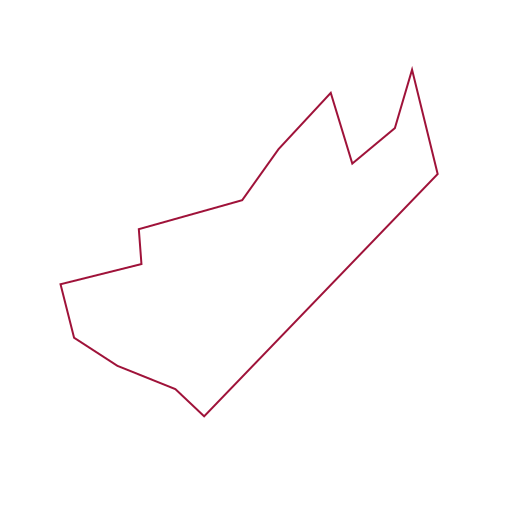 Blowing Point, Mercator projection, rotated 346°
{"feature_id": "AIA-5114", "entity_name": "Blowing Point", "entity_type": "District", "adm_level": 1, "iso_a3": "AIA", "parent_name": "Anguilla", "parent_adm1": "", "projection": "mercator", "projection_center": [-63.087, 18.194], "detail": "fine", "context": "isolated", "style": "outline", "palette": "rose", "viewbox_px": 512, "rotation_deg": 346, "n_neighbors": 0, "source": "natural_earth", "source_scale": "10m", "svg_char_len": 343}
<svg xmlns="http://www.w3.org/2000/svg" viewBox="0 0 512 512"><g transform="rotate(346 256 256)"><path d="M452.1,220.4L166.9,399.0L145.6,365.7L95.0,329.1L59.7,291.3L59.5,236.1L142.9,236.1L148.8,201.6L256.1,198.5L303.8,157.7L368.0,115.8L371.8,189.6L421.7,165.5L452.5,113.0L452.1,220.4Z" fill="none" stroke="#9f1239" stroke-width="2"/></g></svg>